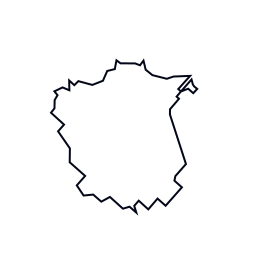 Taylor, Georgia, United States of America, rotated 311°
{"feature_id": "52423323B238156185995", "entity_name": "Taylor", "entity_type": "district", "adm_level": 2, "iso_a3": "USA", "parent_name": "United States of America", "parent_adm1": "Georgia", "projection": "robinson", "projection_center": [-84.215, 32.56], "detail": "fine", "context": "isolated", "style": "outline", "palette": "ink", "viewbox_px": 256, "rotation_deg": 311, "n_neighbors": 0, "source": "geoboundaries", "source_scale": "gbopen_adm2", "svg_char_len": 856}
<svg xmlns="http://www.w3.org/2000/svg" viewBox="0 0 256 256"><g transform="rotate(311 128 128)"><path d="M51.1,127.0L47.9,138.8L54.9,145.4L54.9,156.2L64.1,159.6L63.8,177.1L69.6,180.8L69.6,189.8L73.3,183.8L80.2,183.8L79.9,196.7L94.1,196.6L94.0,207.4L118.6,207.6L118.7,197.6L122.8,195.3L138.8,195.4L165.7,150.8L169.7,147.4L183.5,147.3L183.6,144.1L190.3,144.0L190.4,140.4L208.1,140.7L196.7,128.6L190.6,125.0L183.9,111.7L183.6,103.1L189.0,95.5L183.2,95.9L181.4,91.0L171.9,79.9L171.5,74.9L163.8,79.4L157.4,74.9L147.2,78.1L137.1,72.8L130.8,59.8L125.1,59.4L125.3,52.4L118.0,59.0L115.7,52.0L107.4,48.4L106.5,53.3L101.0,54.3L94.6,59.6L89.0,59.9L88.6,77.5L79.6,77.4L74.5,97.5L63.9,106.5L63.7,127.1L51.1,127.0ZM206.3,144.1L190.3,144.0L197.1,147.6L197.1,154.4L202.9,154.6L202.8,150.6L203.4,148.4L206.3,144.1Z" fill="none" stroke="#020617" stroke-width="2"/></g></svg>